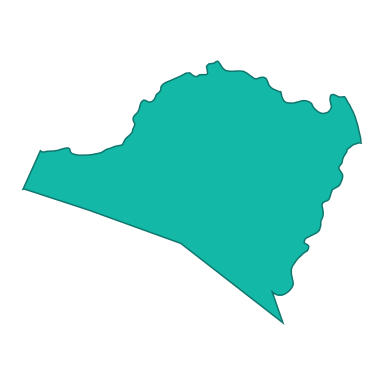 Choucomel, Micoud, Saint Lucia
{"feature_id": "8701671B85920169217386", "entity_name": "Choucomel", "entity_type": "district", "adm_level": 2, "iso_a3": "LCA", "parent_name": "Saint Lucia", "parent_adm1": "Micoud", "projection": "natural_earth1", "projection_center": [-60.959, 13.833], "detail": "fine", "context": "isolated", "style": "filled", "palette": "teal", "viewbox_px": 384, "rotation_deg": 0, "n_neighbors": 0, "source": "geoboundaries", "source_scale": "gbopen_adm2", "svg_char_len": 5900}
<svg xmlns="http://www.w3.org/2000/svg" viewBox="0 0 384 384"><path d="M282.9,322.8L272.1,291.6L272.3,291.7L272.4,292.0L273.0,292.6L273.6,292.9L274.9,293.9L275.2,293.9L275.3,294.1L277.3,294.9L277.7,294.9L278.0,295.0L278.3,295.0L278.5,295.2L281.0,295.2L282.0,295.1L284.2,294.3L285.6,293.6L286.0,293.2L287.1,292.6L288.7,291.3L290.4,289.5L292.0,287.3L292.5,286.3L293.0,285.1L293.1,284.4L293.1,282.5L293.0,282.2L292.8,280.6L292.2,278.3L292.2,277.8L291.9,277.0L291.9,276.4L291.7,276.1L291.7,275.8L291.5,275.4L291.5,275.1L291.5,274.9L291.4,273.2L291.3,272.9L291.3,270.9L291.4,269.5L291.4,269.1L291.9,267.4L292.8,265.5L293.8,264.1L294.2,263.5L296.9,259.7L298.3,258.1L302.0,254.7L302.6,254.0L303.2,253.6L305.3,251.9L306.6,251.3L306.9,250.8L307.1,250.8L307.5,250.4L307.8,249.7L308.2,249.1L308.5,248.0L308.6,247.5L308.7,247.2L308.7,246.4L308.6,246.1L308.4,245.7L308.0,245.5L307.6,244.9L307.1,244.7L306.8,244.3L306.2,244.1L305.6,243.7L304.7,243.2L304.2,242.6L304.2,241.9L304.4,241.5L304.5,240.7L304.9,239.5L305.2,239.1L305.9,238.2L306.2,238.2L307.2,237.5L309.9,236.3L310.7,235.8L311.0,235.6L312.4,234.9L313.4,234.5L316.1,233.1L317.9,231.8L318.5,231.2L319.2,230.4L319.2,230.1L319.4,229.9L319.8,228.9L320.0,228.0L320.4,227.0L320.6,226.1L320.8,224.8L320.8,224.1L320.8,223.8L320.8,222.7L320.9,221.8L320.9,221.3L321.3,220.1L321.8,219.2L322.7,216.9L322.9,216.3L323.1,215.1L323.2,213.9L323.2,212.4L323.1,211.6L322.9,210.3L322.8,209.8L322.7,208.9L322.5,208.4L322.4,207.6L322.0,206.2L322.0,205.4L322.4,203.7L322.7,203.0L322.9,202.9L323.1,202.4L323.6,202.2L323.9,202.1L324.2,201.9L324.5,201.8L324.9,201.6L326.0,201.1L326.7,200.8L327.1,200.7L328.1,200.1L329.3,198.8L329.5,198.2L330.2,196.1L330.3,195.7L331.2,192.7L332.2,190.2L332.5,189.8L332.9,189.3L333.9,188.7L334.3,188.4L334.6,188.3L335.0,188.1L335.5,187.8L335.7,187.7L336.2,187.5L336.6,187.2L336.8,187.2L337.0,187.0L337.6,186.7L338.5,186.1L339.6,185.0L339.8,184.4L340.0,184.3L340.7,183.0L340.8,182.5L341.6,180.8L342.6,177.6L342.6,174.7L342.2,174.0L342.1,173.7L341.5,172.8L341.1,172.0L340.4,171.1L339.3,169.5L339.1,169.1L339.0,168.4L338.9,167.4L339.2,166.5L339.5,166.0L340.9,164.4L341.9,163.2L342.1,162.1L342.2,161.4L342.4,160.5L342.7,159.0L343.1,158.2L343.3,157.6L344.2,155.6L344.6,155.3L344.7,154.9L344.9,154.8L345.1,154.3L345.3,154.1L345.4,153.8L346.3,152.6L346.5,152.1L346.6,151.9L347.0,150.9L347.0,149.6L348.2,148.7L353.0,144.9L354.5,144.3L359.3,142.8L361.0,143.1L360.9,142.9L360.8,139.6L360.6,138.1L359.5,133.2L358.5,129.0L357.9,126.1L356.9,122.6L355.1,116.8L353.2,112.1L350.5,106.9L350.0,105.6L347.9,102.4L345.7,98.2L344.5,96.7L340.5,97.1L338.4,96.8L337.8,96.4L334.4,94.8L333.0,94.5L332.2,94.5L330.8,95.3L330.1,97.6L330.1,100.5L330.5,102.6L331.4,106.5L331.3,107.4L330.3,109.8L328.0,112.2L325.1,113.2L322.3,113.5L320.1,112.8L317.8,111.6L315.4,109.5L313.2,107.0L311.6,103.6L310.1,102.4L307.9,101.3L305.8,100.8L304.2,100.6L302.4,100.7L293.4,103.1L292.0,103.1L287.9,102.9L286.9,102.7L285.4,102.0L284.4,101.4L284.0,100.7L283.4,100.2L282.8,98.8L281.9,96.8L281.7,96.1L281.3,94.1L280.7,91.7L279.9,91.7L278.6,91.4L276.2,90.3L274.2,89.6L271.6,88.0L270.4,87.0L269.1,85.4L268.6,84.2L268.1,82.8L266.9,80.1L266.1,78.6L265.4,78.0L263.5,77.3L262.5,77.2L259.5,77.7L257.1,78.7L254.8,78.7L253.7,78.1L249.1,74.8L247.5,73.5L244.6,71.9L242.9,71.2L240.5,71.0L236.2,71.0L233.6,71.3L230.1,71.3L228.6,71.0L227.0,70.9L226.0,70.6L224.0,69.3L222.5,67.9L219.7,63.5L219.0,62.5L217.7,61.2L216.2,61.6L214.7,62.7L213.3,63.3L211.6,63.6L209.1,63.8L207.0,65.6L206.5,66.7L206.7,67.8L207.1,69.4L207.3,71.2L207.6,71.9L207.6,72.6L207.4,73.7L206.2,74.7L203.7,74.6L199.3,74.8L198.6,75.6L197.5,76.1L197.0,76.6L194.4,76.3L191.6,74.5L190.4,73.2L189.9,72.9L185.8,73.2L185.2,73.6L184.7,73.8L183.8,74.5L183.3,74.6L180.0,76.4L176.4,77.9L175.7,78.3L175.1,78.4L174.7,78.7L174.3,78.8L170.6,80.5L168.9,81.2L168.3,81.4L167.2,81.9L166.9,82.0L166.7,82.2L166.4,82.2L165.1,82.9L163.6,83.9L163.1,84.2L162.9,84.5L162.7,84.6L162.4,84.9L162.2,85.2L161.7,85.8L161.4,86.3L161.1,86.7L160.9,87.3L160.9,88.0L160.9,88.8L160.8,89.4L160.5,90.4L160.2,91.0L159.1,92.4L157.0,93.9L156.6,94.3L156.0,95.5L155.8,95.9L155.6,96.6L154.6,98.8L153.9,99.8L153.4,100.4L152.9,100.8L152.3,101.3L151.7,101.6L150.7,101.9L150.0,102.0L148.6,102.0L148.1,101.9L145.8,100.5L144.4,100.2L143.5,100.2L142.4,101.1L141.4,102.1L141.1,102.6L140.8,103.2L140.4,104.3L140.3,104.6L140.2,105.1L139.7,106.7L139.5,107.2L139.5,107.8L139.3,108.6L138.9,109.7L138.2,111.3L137.2,112.8L136.3,113.7L136.1,113.9L135.3,114.7L134.4,115.6L134.0,116.2L133.4,117.3L133.1,118.5L133.2,120.1L133.4,120.7L133.5,121.1L134.1,122.5L134.7,123.6L134.8,123.8L134.8,124.3L134.6,125.3L134.1,126.4L133.9,127.1L132.7,129.5L132.5,130.3L132.5,130.8L132.5,131.0L132.5,131.3L132.2,132.2L130.7,134.0L130.4,134.4L129.7,135.1L129.5,135.3L129.4,135.5L128.8,135.9L127.9,136.6L127.7,136.8L127.5,137.0L125.6,138.8L124.8,140.0L124.4,140.9L124.3,141.0L124.1,141.4L123.9,141.6L123.8,141.9L123.5,142.6L122.9,143.8L122.4,144.8L122.1,144.8L121.8,144.9L121.7,145.1L120.9,145.2L120.3,145.4L119.7,145.4L119.4,145.5L118.8,145.6L118.1,145.8L117.4,145.9L117.1,146.0L116.6,146.0L115.7,146.2L113.9,146.8L113.7,146.8L113.0,147.2L108.7,148.8L108.0,148.9L107.9,149.0L107.6,149.0L105.9,149.7L101.5,152.5L98.2,153.4L97.4,153.5L95.9,153.9L95.2,153.9L95.0,154.0L94.5,154.1L94.1,154.2L92.6,154.5L92.3,154.6L91.8,154.6L90.5,154.8L88.7,155.0L82.0,155.2L80.9,155.2L78.9,155.2L76.5,154.8L75.1,154.5L72.8,153.8L72.4,153.7L71.2,152.9L70.6,152.2L70.1,150.5L69.9,149.9L69.8,149.4L69.5,148.7L68.6,148.2L68.1,148.0L66.6,148.0L66.2,148.1L65.6,148.2L64.4,148.3L64.0,148.5L63.6,148.6L63.4,148.7L63.0,148.8L61.5,149.2L60.7,149.4L60.4,149.6L59.6,149.7L59.5,149.9L58.8,150.0L58.1,150.3L55.3,150.7L54.7,150.9L53.6,151.0L47.4,151.3L46.7,151.4L46.5,151.5L46.0,151.5L45.0,151.8L44.8,151.9L44.4,152.0L43.0,152.0L42.0,151.9L40.4,150.7L23.0,189.3L24.2,189.0L88.7,210.1L180.8,243.4L282.9,322.8Z" fill="#14b8a6" stroke="#0f766e" stroke-width="1.5"/></svg>